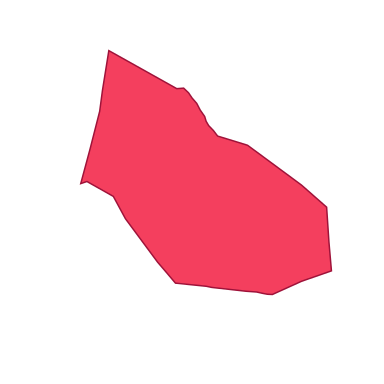 the district of Vila Nova do Piauí, Piauí, Brazil, rotated 132°
{"feature_id": "56859067B73920908376253", "entity_name": "Vila Nova do Piauí", "entity_type": "district", "adm_level": 2, "iso_a3": "BRA", "parent_name": "Brazil", "parent_adm1": "Piauí", "projection": "equal_earth", "projection_center": [-40.94, -7.206], "detail": "fine", "context": "isolated", "style": "filled", "palette": "rose", "viewbox_px": 384, "rotation_deg": 132, "n_neighbors": 0, "source": "geoboundaries", "source_scale": "gbopen_adm2", "svg_char_len": 604}
<svg xmlns="http://www.w3.org/2000/svg" viewBox="0 0 384 384"><g transform="rotate(132 192 192)"><path d="M113.2,81.8L113.6,115.4L120.1,182.0L133.3,210.4L132.0,217.2L131.5,224.1L130.0,228.8L127.4,233.1L125.6,240.8L123.0,247.7L122.1,254.9L120.6,260.9L120.4,267.7L125.4,272.5L142.6,348.4L176.3,326.6L193.8,314.6L228.3,296.5L260.2,280.3L254.5,277.1L247.9,247.5L256.4,223.6L267.2,170.4L268.3,161.7L270.8,143.3L252.5,118.3L249.7,113.5L229.5,85.3L223.1,77.1L220.0,71.6L217.5,67.5L214.4,63.7L185.4,51.0L181.3,48.8L157.3,35.6L137.6,56.7L113.2,81.8Z" fill="#f43f5e" stroke="#9f1239" stroke-width="1.5"/></g></svg>